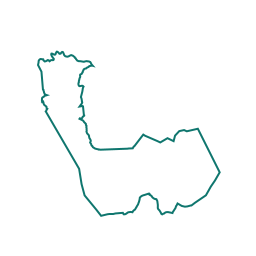 Ayotzintepec, Oaxaca, Mexico (Albers equal-area conic projection), rotated 72°
{"feature_id": "50627088B35063367960799", "entity_name": "Ayotzintepec", "entity_type": "district", "adm_level": 2, "iso_a3": "MEX", "parent_name": "Mexico", "parent_adm1": "Oaxaca", "projection": "albers", "projection_center": [-96.196, 17.726], "detail": "fine", "context": "isolated", "style": "outline", "palette": "teal", "viewbox_px": 256, "rotation_deg": 72, "n_neighbors": 0, "source": "geoboundaries", "source_scale": "gbopen_adm2", "svg_char_len": 5669}
<svg xmlns="http://www.w3.org/2000/svg" viewBox="0 0 256 256"><g transform="rotate(72 128 128)"><path d="M195.8,183.4L203.2,180.7L203.7,174.1L204.1,172.0L205.2,168.8L205.4,166.3L207.1,159.1L208.7,158.8L209.1,157.7L209.0,156.4L208.7,155.4L208.3,154.4L208.3,153.3L208.5,152.3L208.6,151.5L209.0,150.7L209.5,149.8L208.7,149.0L208.5,148.5L208.2,148.1L208.1,147.9L207.7,146.5L207.2,146.0L207.0,145.7L206.6,145.3L206.4,145.1L205.9,144.5L205.8,144.3L205.6,144.2L205.4,144.0L204.9,143.4L204.7,143.2L204.4,142.8L204.2,142.6L204.0,142.3L203.7,142.0L202.2,140.9L202.0,140.7L201.9,140.6L201.7,140.4L201.3,140.2L201.2,140.1L200.9,139.9L200.7,139.8L200.6,139.7L200.4,139.6L200.1,139.4L199.9,139.3L199.8,139.2L199.2,138.9L197.8,138.2L196.9,136.2L196.9,135.8L196.8,135.5L196.8,135.1L196.8,134.8L196.7,134.3L196.7,134.1L196.8,133.8L196.8,133.3L196.8,133.0L196.8,132.8L196.8,129.7L196.8,129.0L196.8,128.8L197.7,128.4L197.4,127.9L198.1,127.7L198.6,127.6L199.1,127.3L199.3,127.0L199.7,126.8L200.2,126.5L200.7,126.4L201.0,126.4L201.5,126.2L202.0,125.9L202.3,125.7L202.7,125.4L203.0,125.2L203.3,124.9L203.6,124.6L203.7,124.4L203.9,124.2L204.1,123.9L204.1,123.7L204.4,123.4L204.5,123.0L206.5,122.7L210.4,123.4L211.9,123.9L212.2,124.0L212.6,124.2L212.8,124.2L213.2,124.3L213.4,124.4L213.8,124.4L214.2,124.3L214.5,124.3L214.7,124.2L216.2,123.5L218.4,123.0L220.0,122.8L220.3,122.5L220.7,122.2L220.6,121.7L220.5,121.2L220.4,120.8L220.4,120.4L220.5,120.2L220.4,120.0L220.3,119.7L219.9,118.6L219.9,117.8L219.9,117.6L220.3,116.0L221.6,113.7L222.6,112.0L222.1,111.7L218.8,107.6L218.7,107.5L217.2,106.5L216.7,105.7L215.1,104.2L215.9,103.5L216.4,103.0L217.8,101.8L218.3,101.3L218.7,101.0L220.1,98.7L220.4,98.2L220.9,95.9L221.1,92.0L221.3,91.6L219.8,87.4L216.1,74.7L209.3,67.3L204.9,61.6L198.5,54.5L150.3,61.8L149.3,73.1L147.3,75.3L146.8,80.2L149.8,85.6L154.6,88.7L149.9,93.6L151.7,101.8L149.6,104.0L140.7,114.1L139.0,115.5L140.7,118.0L147.3,127.6L147.4,128.3L148.8,129.8L147.6,134.1L147.6,134.6L140.1,161.0L139.9,161.5L139.7,161.8L139.4,162.2L139.4,162.7L139.0,163.0L138.8,163.4L138.6,163.8L138.3,164.2L138.1,164.6L137.8,165.1L137.5,165.4L137.3,165.8L136.9,166.1L136.5,166.4L136.1,166.7L135.7,167.1L135.4,167.3L134.9,167.4L134.4,167.5L134.1,167.5L133.6,168.0L132.7,168.1L131.8,168.0L131.0,168.3L130.1,168.5L129.3,167.8L128.8,167.4L128.0,167.3L126.9,167.5L126.3,167.6L125.9,167.8L125.3,167.8L124.5,167.7L124.1,167.7L123.5,167.5L122.5,167.6L122.0,167.8L121.4,168.1L120.9,168.4L120.0,168.6L119.5,168.6L118.5,168.6L118.2,168.3L117.7,168.1L116.9,167.9L116.3,167.8L115.9,167.6L115.2,167.4L114.2,167.4L113.8,167.1L113.2,166.8L112.6,166.9L112.1,167.1L111.4,166.9L111.0,166.8L110.3,167.2L109.7,167.4L109.0,167.9L108.3,168.0L107.9,168.1L107.4,168.4L106.7,168.7L106.3,169.2L105.6,169.9L105.2,170.3L104.7,170.9L104.3,171.3L103.9,170.8L104.3,170.2L104.5,169.8L104.5,169.2L104.4,168.7L104.1,168.3L103.7,167.8L103.3,167.6L103.1,167.0L102.9,166.4L102.8,165.9L102.4,165.7L101.8,165.9L93.5,164.1L93.0,164.6L92.6,167.4L90.9,165.1L90.5,164.4L90.1,164.1L89.7,163.7L89.1,163.7L88.6,163.5L88.1,163.6L87.7,163.4L85.4,163.1L84.9,163.2L84.4,163.2L84.0,163.2L79.6,160.4L78.5,159.8L76.3,158.7L75.5,158.1L74.9,157.5L74.1,157.9L73.6,158.6L73.5,159.4L73.4,160.4L73.3,161.0L72.9,161.5L72.1,161.7L71.5,161.7L71.0,161.6L70.6,161.5L69.8,161.1L69.5,160.7L68.1,160.2L67.2,159.5L66.8,159.4L66.5,159.1L66.0,158.9L65.3,158.3L65.0,157.9L64.6,157.7L64.2,157.5L63.5,157.4L63.0,157.3L62.5,157.0L62.3,156.7L62.3,156.0L62.2,155.3L61.5,154.7L61.2,154.1L60.9,153.8L60.2,153.6L59.7,152.9L59.3,152.5L58.7,152.2L58.4,151.5L58.3,150.9L58.3,150.1L58.4,149.3L58.1,148.8L57.9,148.3L57.8,147.7L57.8,146.9L57.5,146.1L57.2,145.8L57.2,145.3L57.3,144.7L57.4,144.2L57.4,143.6L57.5,143.2L57.7,142.6L57.9,142.3L56.0,143.1L54.3,143.3L53.6,143.5L53.3,143.9L52.7,144.5L52.4,145.1L52.1,145.8L51.8,146.3L51.6,146.8L51.5,147.6L51.4,148.2L51.4,148.7L51.4,149.5L51.0,150.2L50.7,150.9L50.3,151.6L49.9,152.4L49.7,152.8L49.5,153.3L49.3,154.0L49.1,154.4L48.6,155.0L48.1,155.5L47.4,155.7L46.6,156.1L45.6,156.2L44.8,156.8L44.1,156.8L43.6,157.2L42.6,157.8L42.1,158.2L41.8,158.7L41.3,159.1L41.1,159.9L41.2,160.6L41.3,161.4L41.5,162.1L41.5,163.0L41.4,163.8L41.1,164.3L40.7,165.0L40.4,165.4L40.0,165.7L39.1,166.1L38.7,166.2L38.0,166.2L37.5,166.2L36.9,166.3L36.4,166.3L35.8,166.4L35.5,166.7L35.3,167.1L35.5,167.7L35.8,168.2L36.1,168.7L36.4,169.0L36.4,169.9L36.0,170.4L35.5,170.5L34.9,170.8L34.2,171.2L33.9,171.4L33.4,172.0L33.6,172.5L34.1,173.0L34.6,173.6L35.2,173.9L35.6,174.4L35.7,174.9L35.4,175.5L35.0,176.0L34.7,176.2L34.2,176.8L33.8,177.2L33.6,177.8L34.0,178.2L34.6,178.3L35.5,178.3L36.1,178.2L37.0,178.0L37.9,177.7L38.5,177.5L39.2,177.2L39.6,177.3L40.3,177.9L40.3,178.4L40.1,179.0L39.9,179.3L39.8,179.7L39.7,180.2L39.8,180.7L40.0,181.2L40.2,181.6L40.3,182.0L39.5,182.3L39.0,182.6L39.0,183.2L38.6,183.6L38.8,184.1L39.0,184.9L39.1,185.6L39.0,186.6L37.5,187.5L37.0,187.4L36.5,187.4L36.2,188.1L35.9,188.7L35.7,189.1L35.4,189.7L35.4,190.4L35.7,191.2L36.4,192.1L37.2,192.5L37.8,192.7L38.7,193.2L40.3,194.1L47.7,192.9L65.1,197.0L65.6,196.6L66.3,196.8L66.7,196.8L67.2,196.7L67.6,196.8L68.4,196.9L69.0,196.8L70.2,196.7L71.1,195.8L71.7,195.0L71.7,195.7L71.7,196.0L71.6,196.5L71.7,197.1L71.8,197.6L71.9,198.0L72.2,198.3L72.3,198.8L72.4,199.3L72.5,199.8L73.0,200.5L73.7,200.8L74.2,201.0L74.7,201.2L75.8,201.5L76.1,201.1L76.3,200.6L76.9,200.7L77.2,201.2L77.4,200.8L77.6,200.5L78.3,200.7L78.7,200.7L79.1,200.7L79.6,200.6L80.2,200.5L80.7,200.1L81.1,199.9L81.8,199.4L82.5,199.0L82.9,199.0L83.4,199.2L83.9,199.3L84.3,199.2L84.8,198.8L85.2,199.3L85.7,200.0L86.1,200.2L86.6,200.6L86.8,201.1L151.7,187.1L167.1,189.5L178.7,190.1L195.8,183.4Z" fill="none" stroke="#0f766e" stroke-width="2"/></g></svg>